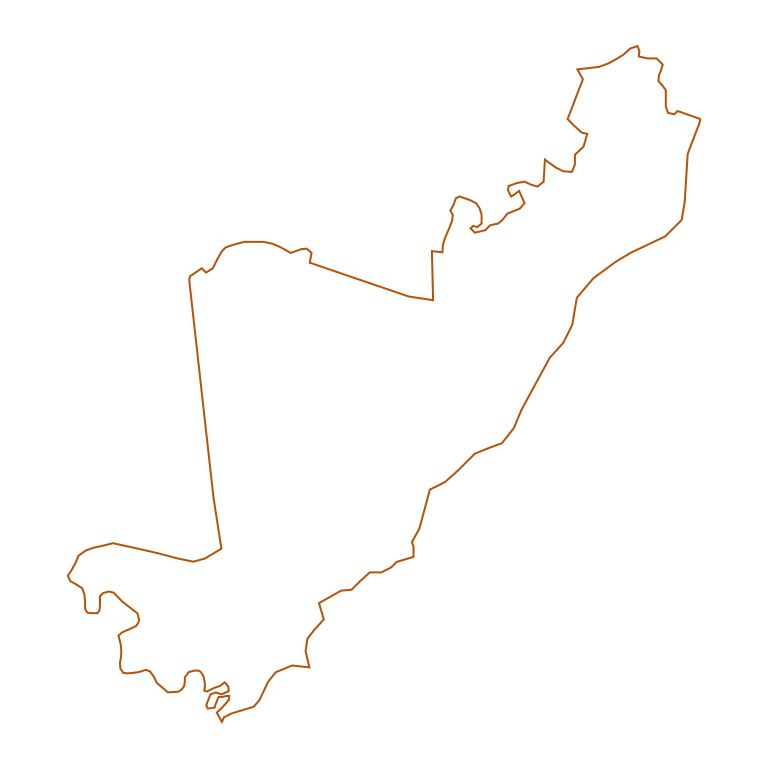 Bandar Baharu, Kedah, Malaysia (Mercator projection)
{"feature_id": "92858781B61544181659283", "entity_name": "Bandar Baharu", "entity_type": "district", "adm_level": 2, "iso_a3": "MYS", "parent_name": "Malaysia", "parent_adm1": "Kedah", "projection": "mercator", "projection_center": [100.601, 5.207], "detail": "fine", "context": "isolated", "style": "outline", "palette": "amber", "viewbox_px": 768, "rotation_deg": 0, "n_neighbors": 0, "source": "geoboundaries", "source_scale": "gbopen_adm2", "svg_char_len": 2948}
<svg xmlns="http://www.w3.org/2000/svg" viewBox="0 0 768 768"><path d="M700.2,119.0L679.9,111.8L677.4,111.1L674.4,114.2L668.2,113.0L665.8,106.8L665.8,90.3L663.3,86.6L658.4,81.1L659.0,74.9L660.9,70.6L662.7,64.5L656.6,58.4L647.4,58.4L638.8,56.5L639.4,51.0L637.5,46.1L630.2,48.5L623.4,54.7L615.4,59.6L608.7,63.3L598.9,66.9L577.4,69.4L582.9,79.2L567.6,119.1L573.7,125.3L581.7,132.6L587.2,133.9L583.5,146.7L574.9,154.7L574.9,164.5L571.9,171.9L563.3,171.3L555.9,167.6L544.9,159.6L544.2,171.9L543.6,181.7L537.5,186.6L531.3,184.8L524.6,181.7L517.2,183.0L508.6,186.0L508.0,190.3L511.1,196.5L514.2,194.6L519.1,190.9L524.6,203.2L519.7,208.7L507.4,213.6L502.5,219.8L498.2,223.5L490.2,225.3L485.3,230.2L474.9,232.7L470.6,228.4L473.0,225.9L477.3,227.1L481.6,223.5L481.6,219.2L481.6,214.9L479.8,208.7L476.1,203.2L470.0,200.1L459.5,196.5L455.9,198.3L453.4,205.1L450.3,210.6L452.8,214.9L452.2,220.4L449.7,227.1L445.4,237.0L443.0,244.3L442.4,252.3L431.9,251.1L433.1,300.2L408.6,296.5L309.8,262.7L310.4,259.1L311.6,252.9L306.7,248.6L301.2,249.2L290.7,252.9L279.7,246.8L272.3,243.7L263.7,241.9L253.3,241.9L244.1,241.9L233.0,244.9L225.7,247.4L222.0,251.1L217.7,258.5L212.8,268.3L206.0,272.6L201.7,268.3L190.1,276.3L189.2,280.0L213.5,497.6L221.4,548.7L204.9,558.5L193.5,561.7L177.8,558.5L156.9,553.0L134.5,547.9L112.9,543.2L105.1,545.2L92.9,547.9L85.4,550.7L78.4,555.8L75.6,562.8L71.7,569.9L71.2,570.6L67.8,575.8L70.5,581.3L77.6,585.2L82.3,588.4L84.3,593.9L85.1,601.7L85.1,608.8L87.4,612.7L90.6,613.1L97.6,613.1L99.6,610.0L100.0,605.3L100.0,600.6L100.0,596.2L103.1,593.1L109.0,591.5L113.7,592.7L122.4,601.7L137.4,613.3L139.2,620.1L138.1,623.1L135.9,626.1L131.1,628.4L122.1,632.4L118.5,635.7L119.5,639.7L120.8,645.0L121.3,651.0L121.0,656.6L120.0,662.8L120.3,668.4L123.3,672.9L127.6,673.4L132.9,672.9L138.6,672.1L145.9,669.9L150.0,671.4L154.2,677.2L156.7,682.7L167.8,692.3L177.9,691.8L181.6,689.7L184.2,686.0L184.7,682.4L184.9,677.4L188.7,672.1L194.5,670.6L198.5,670.6L200.7,671.9L203.3,675.9L204.5,680.9L205.0,685.7L204.3,690.7L207.0,691.5L210.8,689.5L214.8,687.7L219.9,686.0L224.6,682.4L226.1,683.7L228.4,687.0L228.7,691.2L221.4,694.3L215.8,692.5L210.6,694.3L208.5,699.3L206.3,705.3L207.8,708.6L214.6,707.6L215.8,703.6L218.6,697.0L222.1,697.0L226.1,696.0L229.2,696.0L229.2,699.3L225.6,703.8L221.4,708.3L216.8,712.6L221.9,721.9L224.0,717.3L231.7,713.4L244.2,709.6L253.8,706.7L259.5,700.0L268.1,681.8L275.8,672.2L292.1,665.5L309.4,667.4L305.6,651.1L307.5,638.6L314.2,630.0L323.8,619.4L319.0,603.1L341.0,590.7L351.6,589.7L360.2,581.1L369.8,572.4L381.3,572.4L390.9,567.6L396.7,561.9L413.5,556.9L413.5,546.3L411.9,542.1L419.4,528.6L429.9,489.6L444.9,482.1L458.4,470.1L474.9,453.6L489.9,447.6L501.9,443.2L513.8,428.2L521.3,410.2L540.8,374.2L549.8,357.7L563.3,342.8L572.3,324.8L576.8,297.8L593.3,278.3L615.7,261.8L630.7,252.8L665.2,236.4L681.7,219.9L684.7,201.9L686.2,177.9L687.7,153.9L692.2,142.0L699.7,122.5L700.2,119.0Z" fill="none" stroke="#b45309" stroke-width="2"/></svg>